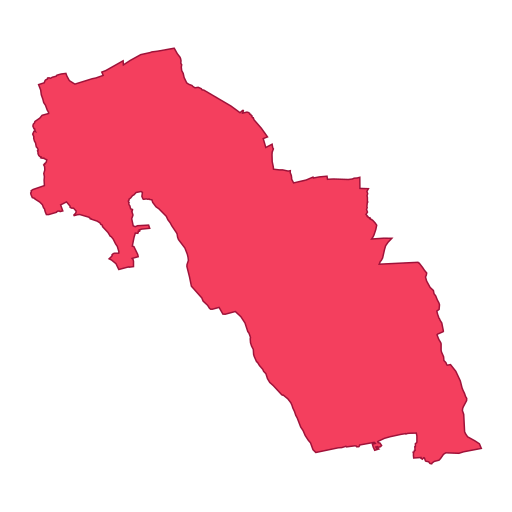 Vultureni, Bacau, Romania (Natural Earth projection)
{"feature_id": "2599482B57556224697015", "entity_name": "Vultureni", "entity_type": "district", "adm_level": 2, "iso_a3": "ROU", "parent_name": "Romania", "parent_adm1": "Bacau", "projection": "natural_earth1", "projection_center": [27.229, 46.411], "detail": "fine", "context": "isolated", "style": "filled", "palette": "rose", "viewbox_px": 512, "rotation_deg": 0, "n_neighbors": 0, "source": "geoboundaries", "source_scale": "gbopen_adm2", "svg_char_len": 5956}
<svg xmlns="http://www.w3.org/2000/svg" viewBox="0 0 512 512"><path d="M481.3,448.4L479.4,443.8L475.0,440.9L467.6,436.8L465.7,434.0L464.6,431.8L463.7,414.3L462.4,410.6L462.7,408.3L463.3,406.8L466.6,400.6L466.7,398.4L465.6,396.6L464.5,393.4L463.0,390.3L462.0,387.7L460.3,380.9L455.8,371.3L450.5,364.6L447.3,365.2L446.8,364.8L445.9,362.6L443.9,360.5L443.6,356.8L441.5,352.0L441.1,350.2L441.1,343.9L440.8,342.8L438.7,339.2L437.0,334.8L437.6,334.1L443.1,331.7L443.4,331.2L441.8,323.0L440.1,320.3L439.4,318.6L438.7,317.8L438.6,317.0L437.7,314.6L436.8,311.1L439.1,309.4L439.5,304.8L438.9,302.9L437.3,299.9L435.7,295.9L434.0,293.7L433.4,290.5L430.1,287.4L426.6,281.0L425.5,277.0L426.3,275.2L426.7,273.0L424.3,270.1L422.6,267.5L419.1,263.0L418.5,263.0L418.0,262.3L379.2,264.2L380.3,261.4L381.2,260.6L382.6,258.0L384.5,249.6L385.6,245.8L388.0,242.3L391.8,238.3L383.8,238.2L371.6,239.0L373.1,236.8L374.0,234.9L375.8,229.5L376.7,225.2L375.1,222.9L372.8,220.4L372.3,220.3L371.9,219.6L370.5,219.2L370.0,218.8L370.4,218.5L369.9,217.7L369.1,217.8L367.5,216.7L367.8,216.5L366.0,214.4L367.5,212.1L366.5,209.5L367.2,207.6L366.9,206.5L367.3,202.5L367.8,202.0L367.4,201.6L367.4,197.4L367.0,195.7L367.7,193.7L366.9,191.4L368.4,188.7L359.9,188.4L359.8,177.3L357.2,178.0L354.1,178.2L352.4,179.0L348.3,179.5L333.5,179.0L327.5,179.3L327.0,176.2L319.3,176.9L313.4,178.0L313.0,177.1L306.2,180.0L293.6,182.9L291.5,178.9L291.7,178.3L291.3,175.4L290.2,172.6L290.3,170.7L288.2,171.1L282.7,169.9L279.4,169.9L273.5,169.2L273.3,166.9L272.2,161.6L272.0,154.6L272.2,152.1L273.4,148.9L272.7,147.7L272.1,144.2L265.8,147.5L263.2,138.6L267.5,136.9L261.3,128.2L254.0,119.8L253.3,117.8L252.9,117.9L252.0,116.8L251.9,115.8L251.4,115.7L250.7,114.4L249.8,114.2L249.5,113.2L248.1,112.4L246.9,112.1L242.6,113.1L243.4,110.7L243.2,110.4L242.7,110.4L240.0,112.7L230.9,106.0L203.8,90.1L202.1,89.9L201.3,88.7L198.2,87.3L195.0,87.8L192.9,86.5L192.0,85.5L188.8,84.3L186.7,82.9L184.1,77.5L183.2,73.4L181.7,70.6L181.3,67.1L181.7,64.7L180.8,63.3L181.0,60.7L180.6,58.7L180.0,57.2L177.3,53.7L174.2,48.2L157.5,51.2L151.9,51.9L150.0,52.6L140.8,54.6L130.3,60.4L123.4,64.9L123.1,60.8L105.7,70.6L101.8,72.1L103.2,75.4L95.8,78.0L92.3,78.7L74.9,84.1L69.9,81.0L69.1,80.2L66.8,75.9L65.9,73.4L61.1,74.0L57.9,74.9L56.6,75.4L56.2,76.2L52.4,77.2L50.4,78.3L49.1,77.8L47.6,78.0L47.4,79.0L45.5,80.0L45.0,80.7L44.2,82.8L38.6,84.6L40.7,90.1L41.3,94.8L42.8,99.0L43.7,102.6L45.5,105.3L47.2,110.0L48.5,112.2L48.6,113.5L42.1,115.3L39.8,118.1L34.9,121.5L34.6,122.8L33.3,124.2L32.9,126.1L34.0,128.8L34.6,128.8L34.9,130.3L35.5,131.6L34.4,131.1L34.0,131.2L32.7,134.1L33.8,136.7L33.7,138.3L34.5,141.2L35.5,142.8L36.3,146.9L37.4,147.9L37.6,148.8L38.1,149.3L38.0,150.5L37.5,150.8L38.0,152.1L38.0,153.7L38.8,155.5L39.8,156.5L41.2,157.0L40.8,157.8L42.1,158.2L43.8,158.1L43.8,158.4L46.8,159.8L46.1,162.5L44.6,163.6L44.9,164.0L43.7,164.9L44.6,166.6L44.8,170.0L43.8,173.5L44.4,176.7L44.1,180.1L44.4,185.6L33.0,189.5L31.2,190.7L31.3,192.0L30.7,193.0L31.0,194.6L32.3,197.6L34.7,198.4L34.8,198.9L39.8,202.1L42.4,204.7L43.6,207.9L44.4,208.6L45.2,211.7L46.4,214.6L48.6,214.6L56.5,212.3L56.7,211.8L57.9,211.1L59.4,211.1L60.1,211.6L62.8,210.9L60.6,204.9L66.5,201.9L70.1,206.2L70.1,207.3L71.5,208.1L73.6,208.2L76.0,210.9L76.1,212.1L75.6,213.2L73.9,215.0L74.2,215.6L77.5,214.7L79.8,214.5L89.2,217.3L89.4,217.8L90.8,218.6L90.6,218.9L97.1,221.1L99.9,222.8L100.9,224.5L101.6,224.6L102.4,225.5L102.5,226.6L108.0,232.5L110.3,236.3L111.2,236.6L113.2,239.1L115.6,243.9L117.3,246.4L118.9,251.8L118.7,253.2L114.6,253.2L113.3,253.6L112.0,254.8L112.2,255.4L111.7,256.3L109.1,258.8L111.5,260.0L116.0,263.7L118.8,269.5L128.9,266.8L129.1,267.2L133.5,266.6L133.5,261.3L133.1,259.6L132.1,258.4L138.2,256.7L137.7,254.4L133.9,246.6L132.3,246.1L134.0,237.5L135.3,233.1L137.8,233.3L137.9,232.7L138.2,232.5L138.3,231.2L139.6,231.2L139.8,230.8L139.3,229.9L141.7,229.1L149.7,228.3L148.6,225.1L137.6,225.7L135.2,226.7L133.2,225.8L131.7,218.7L132.9,215.4L132.9,214.7L131.7,211.1L132.3,210.9L132.5,209.5L130.6,208.8L129.9,205.9L129.0,204.7L128.7,202.5L129.0,202.3L128.4,201.6L128.4,200.8L129.1,200.0L129.0,199.2L130.7,197.9L132.5,195.6L134.0,194.8L136.1,192.5L141.0,191.5L142.4,192.4L141.9,196.4L143.0,199.0L143.5,199.3L146.2,198.9L148.1,199.3L149.0,198.9L149.7,199.5L151.9,199.8L152.7,202.4L156.0,206.8L158.9,208.8L166.3,216.3L167.9,219.8L170.2,222.8L171.8,225.8L176.5,232.8L177.1,234.0L177.6,237.2L178.5,239.6L184.9,248.0L187.3,254.2L188.0,257.1L188.4,260.4L187.0,264.6L186.9,266.5L189.5,276.9L191.4,286.2L201.8,297.9L203.1,301.1L207.6,305.3L209.5,308.3L210.6,309.2L212.4,309.2L219.1,307.4L222.9,314.1L225.3,314.2L235.3,311.5L240.9,316.7L245.0,323.0L247.8,331.6L248.9,333.0L250.1,336.2L250.5,337.8L250.2,338.7L250.5,342.7L251.5,345.9L253.3,349.4L253.6,354.4L254.2,356.4L256.6,361.8L257.4,362.2L259.5,365.6L262.8,369.4L263.6,371.3L265.9,373.7L267.5,378.7L269.8,382.5L273.3,385.6L281.6,394.6L282.3,395.1L283.3,395.1L287.8,398.8L290.8,402.7L292.0,405.3L292.8,407.9L294.5,411.5L295.8,415.4L297.2,417.9L300.7,427.0L303.1,430.6L305.2,435.5L308.4,440.4L310.5,442.8L313.0,449.7L315.8,452.5L338.2,447.8L341.7,447.6L345.9,446.3L346.5,446.9L354.9,445.8L356.3,446.1L356.7,446.8L358.8,446.7L359.5,445.8L359.6,445.0L373.8,442.4L374.4,442.4L375.3,443.4L372.4,444.2L373.2,447.0L374.7,450.3L378.8,449.0L377.9,448.2L376.5,448.3L375.8,447.0L377.5,446.6L377.9,447.4L380.5,446.7L381.6,445.5L380.0,443.1L378.1,442.6L377.8,441.5L379.6,440.6L384.5,438.3L390.2,436.7L400.8,434.4L405.6,433.6L405.9,434.0L407.7,433.4L410.5,433.2L416.3,433.1L416.9,435.9L416.9,441.9L416.6,442.8L415.4,443.6L415.4,446.7L414.8,446.8L415.1,450.3L414.4,450.4L414.3,451.7L413.1,452.2L413.5,453.5L413.4,455.3L413.7,458.0L421.0,457.5L420.9,458.2L422.4,459.2L423.7,457.7L424.0,457.7L424.5,458.1L425.4,460.8L425.9,461.2L428.7,461.8L429.9,463.4L430.4,463.6L431.7,463.8L432.2,462.9L434.3,461.4L439.0,460.2L440.5,458.6L443.5,454.3L445.8,452.8L458.9,453.3L463.6,451.8L481.3,448.4Z" fill="#f43f5e" stroke="#9f1239" stroke-width="1.5"/></svg>